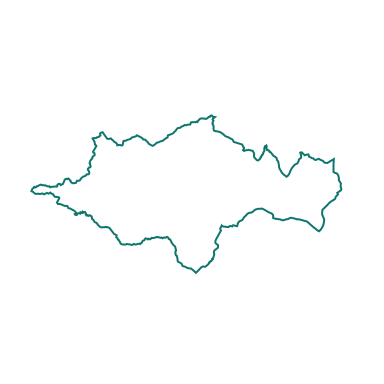 Mejia, Pichincha, Ecuador, rotated 331°
{"feature_id": "8360857B86630198193549", "entity_name": "Mejia", "entity_type": "district", "adm_level": 2, "iso_a3": "ECU", "parent_name": "Ecuador", "parent_adm1": "Pichincha", "projection": "orthographic", "projection_center": [-78.69, -0.497], "detail": "fine", "context": "isolated", "style": "outline", "palette": "teal", "viewbox_px": 384, "rotation_deg": 331, "n_neighbors": 0, "source": "geoboundaries", "source_scale": "gbopen_adm2", "svg_char_len": 6043}
<svg xmlns="http://www.w3.org/2000/svg" viewBox="0 0 384 384"><g transform="rotate(331 192 192)"><path d="M332.0,232.0L324.4,232.2L322.8,231.1L322.0,230.2L321.7,228.4L319.7,225.8L319.0,224.4L315.8,224.0L314.7,222.9L314.4,221.5L313.2,220.4L312.5,219.1L311.5,217.8L312.0,216.4L311.9,215.4L308.3,214.4L307.3,210.7L306.2,210.0L305.7,210.1L305.3,212.3L304.7,214.0L303.8,215.0L301.2,215.4L300.6,216.4L298.0,218.1L295.1,217.9L291.0,219.5L288.3,221.2L286.1,223.1L283.9,224.2L282.1,224.5L280.5,220.7L280.0,219.0L279.9,214.1L280.3,212.1L280.8,211.3L281.9,208.1L282.2,206.9L281.8,205.1L282.5,203.6L281.9,201.6L280.8,199.9L280.0,195.1L279.3,194.6L279.4,193.1L278.7,192.0L278.2,192.0L278.0,191.7L278.3,189.5L279.3,188.6L279.6,187.3L278.3,187.3L277.8,187.5L275.9,189.5L275.7,190.6L274.6,191.6L273.5,191.9L272.9,192.9L272.1,193.5L271.4,193.4L270.7,194.2L269.2,194.6L269.0,195.3L268.3,195.3L267.2,196.2L266.6,196.1L265.5,196.5L264.7,196.2L264.1,195.5L263.3,191.7L263.6,190.6L264.8,188.9L265.1,187.4L265.0,185.4L261.7,182.4L260.9,182.3L259.1,181.5L257.6,181.4L257.3,181.2L256.9,180.0L258.2,179.4L259.0,178.5L258.7,177.4L258.9,174.8L252.8,168.4L252.9,165.9L250.0,161.3L249.1,160.5L248.3,159.4L247.0,155.7L246.2,154.4L245.9,153.5L244.1,151.7L241.8,150.0L241.0,148.9L241.5,147.0L242.6,145.4L242.7,144.4L243.0,144.1L242.9,142.4L243.5,141.9L243.5,141.3L245.3,140.1L245.1,138.7L246.0,138.0L248.4,137.6L246.5,136.0L246.5,134.9L246.3,134.6L245.2,134.2L244.1,134.9L242.9,134.4L241.4,134.9L239.6,134.9L238.2,133.6L235.7,132.1L234.1,131.9L231.0,133.1L230.7,133.4L230.1,132.6L229.0,132.8L227.7,131.9L225.0,130.6L223.1,132.1L221.1,131.1L219.2,130.8L218.0,129.8L216.6,130.0L214.3,129.7L213.0,130.1L210.3,129.2L208.6,129.8L207.0,130.7L205.8,130.8L204.2,131.5L202.1,131.4L198.3,130.8L197.5,132.0L196.9,132.5L195.1,132.4L191.0,133.0L189.6,132.5L186.6,132.3L185.1,131.8L182.0,132.6L179.8,132.5L177.6,128.9L177.4,126.6L176.9,125.6L176.6,123.7L174.8,122.4L174.7,121.2L174.1,119.8L171.3,115.7L169.9,116.1L165.8,115.2L163.5,115.8L160.7,115.0L159.1,115.1L156.9,114.1L154.0,117.4L153.0,117.2L151.6,115.7L149.3,115.0L149.7,113.8L149.4,112.0L148.3,110.4L148.0,108.8L147.2,106.9L147.2,106.1L146.8,105.7L145.2,105.4L143.6,104.2L142.8,96.4L141.0,96.0L139.9,96.3L139.3,98.2L137.5,98.4L137.1,98.7L135.5,98.1L134.6,98.3L133.7,98.1L131.9,97.0L131.0,97.0L131.1,100.8L130.1,103.6L130.6,104.6L130.7,105.4L125.0,108.8L124.8,109.3L125.5,110.7L124.9,112.4L121.7,113.2L121.0,114.2L118.4,115.2L116.4,117.1L116.6,118.0L116.0,118.7L115.9,120.2L115.1,121.0L114.2,121.0L113.6,120.7L112.0,121.4L111.7,122.7L112.0,123.4L111.5,125.4L111.0,126.0L110.4,126.3L109.5,126.2L108.6,125.5L106.7,126.2L104.0,125.8L101.5,126.4L99.7,127.4L98.4,127.3L96.9,126.4L95.0,127.7L92.7,127.0L91.6,126.1L90.9,124.6L90.9,123.7L91.3,123.2L90.9,122.5L90.7,120.9L90.2,120.1L89.0,120.2L88.4,119.5L86.7,119.4L86.1,120.1L83.0,122.4L80.5,122.3L80.4,120.8L79.0,120.2L77.7,120.5L77.1,121.4L76.4,121.8L75.1,120.8L74.4,120.7L72.3,119.6L70.4,119.2L70.2,118.0L69.6,118.0L68.1,116.7L67.2,115.3L66.2,114.8L65.4,113.9L64.1,113.4L63.3,112.2L60.8,112.0L59.9,112.1L59.3,111.7L58.6,112.1L57.5,112.2L57.0,111.9L56.7,111.1L56.4,111.0L55.4,111.6L54.0,111.8L52.0,113.4L53.1,115.0L53.7,116.9L54.9,118.3L56.2,118.6L57.8,119.9L60.7,120.9L61.4,122.3L64.7,122.5L65.8,123.9L67.9,123.9L68.1,125.0L69.5,126.6L69.3,127.6L69.7,129.6L72.4,131.5L73.1,132.5L72.9,133.1L68.8,135.7L68.9,137.5L69.8,137.9L71.3,139.1L74.3,142.9L75.7,143.3L76.2,144.0L76.0,146.2L77.2,147.1L79.6,150.7L80.1,151.8L80.6,153.9L80.7,154.5L80.4,154.7L78.8,154.5L78.9,155.4L80.0,156.2L81.0,155.5L82.4,155.4L83.7,156.7L84.6,155.7L85.5,157.0L85.9,157.2L86.3,156.2L86.8,156.0L87.5,157.4L88.3,157.3L88.7,157.6L88.8,159.4L88.1,160.2L88.4,161.5L89.2,161.4L89.8,162.7L90.5,162.5L91.2,162.6L92.3,164.6L92.3,165.3L91.6,166.5L91.6,167.5L92.2,168.3L92.2,170.9L93.6,172.9L93.8,174.0L93.6,174.6L94.8,178.2L95.4,178.9L98.4,180.4L99.5,180.6L99.9,181.2L100.7,181.4L102.4,183.4L103.5,190.8L105.1,193.3L103.8,194.9L104.5,196.3L104.1,197.6L104.6,198.2L104.7,199.1L104.5,199.6L104.8,200.6L104.5,202.6L105.6,204.1L108.5,205.8L109.9,205.9L114.2,209.4L116.0,209.2L116.7,210.2L117.5,210.7L120.9,211.6L121.3,212.3L121.8,212.0L122.4,212.2L123.6,212.0L124.6,211.1L125.5,210.8L127.0,211.1L127.9,210.3L129.0,210.1L130.0,211.1L130.4,212.1L131.6,211.9L132.5,213.1L134.6,212.6L135.4,213.2L137.3,214.0L139.0,214.1L139.9,214.6L140.3,215.2L140.9,215.3L142.2,216.8L143.3,217.0L143.8,218.2L145.1,218.2L146.0,218.5L146.7,219.2L147.8,219.1L148.6,219.3L149.1,220.5L148.9,221.8L149.9,223.1L149.7,225.3L149.9,228.9L150.8,231.5L149.7,235.5L148.8,235.9L148.2,236.6L148.0,237.5L147.3,238.6L147.3,239.8L147.8,240.4L146.9,243.6L146.2,244.7L146.0,246.4L147.1,247.7L148.2,249.9L147.9,252.2L149.9,254.2L151.2,256.3L153.5,258.2L154.1,258.5L155.9,263.2L156.1,264.5L157.5,264.3L163.9,262.3L165.6,262.5L166.5,263.1L167.0,263.7L168.2,263.8L172.6,262.6L173.2,262.2L173.1,261.8L174.5,261.4L175.0,261.8L176.2,261.5L176.9,260.7L177.3,260.8L177.3,260.3L178.0,260.4L181.2,257.5L181.9,255.3L182.5,254.5L183.7,253.9L187.4,253.4L188.1,252.8L189.0,251.1L187.8,248.3L188.1,247.1L188.7,246.2L190.1,245.1L198.7,239.7L198.6,238.8L199.0,237.6L201.7,235.8L201.7,236.1L202.2,237.0L206.7,240.3L207.0,240.4L207.7,240.1L209.2,240.4L210.5,241.6L211.6,241.0L212.0,241.1L214.7,243.7L215.2,243.6L216.8,241.7L219.0,240.6L222.3,240.9L225.9,239.1L228.1,238.7L228.9,238.2L231.3,237.8L234.5,238.9L238.9,238.1L241.2,238.6L245.4,240.6L248.3,245.1L249.1,246.8L249.7,247.3L251.3,249.6L251.8,251.5L250.4,254.1L252.4,256.3L253.4,256.7L254.5,257.8L255.7,258.5L257.1,260.4L259.1,261.3L261.0,261.5L262.6,262.2L265.4,262.3L266.5,262.8L270.3,266.3L270.6,266.9L272.4,267.8L278.3,273.6L281.0,281.2L283.4,286.9L284.2,288.0L286.7,287.2L290.4,285.0L292.5,282.7L294.4,280.0L294.9,274.9L296.0,272.8L297.5,270.8L302.8,269.4L307.7,267.8L313.3,267.5L314.0,267.2L315.4,265.9L318.6,264.8L318.6,263.2L323.2,262.7L324.0,261.9L324.7,259.2L326.4,256.6L326.1,253.0L327.2,251.1L328.0,248.2L327.8,246.2L326.0,244.1L325.5,243.0L329.3,236.2L332.0,232.0Z" fill="none" stroke="#0f766e" stroke-width="2"/></g></svg>